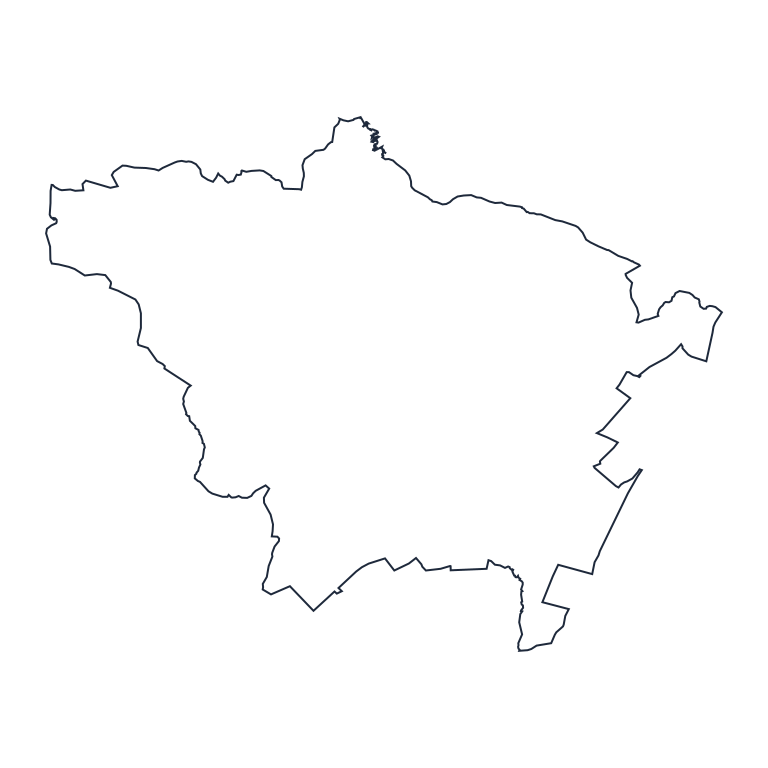 Vintu De Jos, Alba, Romania (Natural Earth projection)
{"feature_id": "2599482B17815307797793", "entity_name": "Vintu De Jos", "entity_type": "district", "adm_level": 2, "iso_a3": "ROU", "parent_name": "Romania", "parent_adm1": "Alba", "projection": "natural_earth1", "projection_center": [23.464, 46.01], "detail": "fine", "context": "isolated", "style": "outline", "palette": "slate", "viewbox_px": 768, "rotation_deg": 0, "n_neighbors": 0, "source": "geoboundaries", "source_scale": "gbopen_adm2", "svg_char_len": 6095}
<svg xmlns="http://www.w3.org/2000/svg" viewBox="0 0 768 768"><path d="M336.8,593.6L341.8,591.2L338.5,588.0L356.2,571.5L361.9,567.2L368.7,563.6L385.0,558.4L394.3,570.5L408.9,563.5L416.0,558.0L421.4,564.3L422.3,566.7L425.9,570.5L440.6,568.8L450.1,566.0L450.6,566.2L450.7,570.3L486.6,568.8L488.5,560.2L491.2,561.1L494.9,564.7L500.1,565.4L505.0,567.9L508.1,566.5L509.6,567.1L509.8,568.2L511.6,569.8L512.4,569.3L513.2,569.8L512.4,571.6L514.2,575.6L515.0,575.7L515.5,577.1L516.2,577.3L517.1,577.1L518.0,575.9L518.5,577.6L520.2,578.8L519.5,579.9L521.8,581.3L522.7,582.6L522.7,584.6L521.1,589.5L522.4,591.1L521.4,591.5L521.1,594.7L522.2,601.6L521.2,602.3L521.7,604.5L522.9,605.4L523.1,607.8L521.1,610.4L520.9,611.1L522.2,611.4L520.3,614.1L519.2,622.3L522.1,634.4L518.3,643.2L518.5,645.2L518.1,646.9L518.5,648.6L519.6,649.8L519.2,650.8L527.6,650.2L531.3,649.0L536.6,645.6L551.2,643.2L554.8,634.8L556.3,632.3L563.0,626.4L563.7,624.6L565.3,615.9L568.8,609.1L542.4,602.2L552.8,576.3L558.2,564.8L592.2,574.1L594.6,562.2L598.5,555.4L599.8,551.2L627.9,493.3L637.7,476.2L641.8,470.1L639.6,469.3L637.7,472.3L632.4,478.5L627.2,481.4L624.2,482.4L621.0,484.5L618.5,487.5L615.9,486.1L594.6,467.9L593.8,466.3L600.3,463.7L599.9,461.5L600.2,460.9L613.7,447.8L617.8,442.5L607.4,437.4L596.9,433.1L602.8,429.5L630.3,398.2L616.6,388.3L619.5,384.6L626.7,372.1L628.9,372.1L633.4,375.2L637.4,376.1L639.3,377.1L640.3,376.0L639.0,375.3L649.5,367.0L666.5,357.8L671.4,354.1L675.3,350.7L681.1,344.2L682.5,346.4L682.5,348.3L688.2,354.6L691.5,356.6L706.3,361.3L712.5,332.9L713.5,326.7L715.3,322.5L721.9,312.3L715.5,307.1L712.4,306.2L709.7,305.9L706.8,306.9L706.1,308.6L703.6,308.8L700.3,306.5L699.3,302.6L699.5,301.5L698.8,299.3L694.7,297.5L692.5,295.0L689.3,292.9L679.6,291.0L675.5,293.1L674.0,296.4L672.3,297.2L671.5,300.8L669.0,302.3L665.6,302.0L664.2,302.9L662.7,305.4L660.6,307.2L659.1,309.3L657.7,313.9L658.4,315.9L648.4,319.4L644.9,319.8L638.5,322.6L636.5,322.3L638.7,314.6L637.0,307.9L631.3,297.7L630.5,290.4L632.1,282.8L627.1,277.9L625.7,275.0L625.6,273.9L639.9,265.7L639.0,264.6L633.9,262.3L632.6,261.2L632.0,261.4L627.3,259.0L618.3,255.9L608.6,250.1L607.1,250.0L598.4,246.3L590.3,242.3L586.1,239.6L582.7,232.7L578.1,227.4L575.6,225.9L562.3,221.4L555.3,220.1L540.8,214.4L536.7,214.3L534.0,213.3L529.6,213.2L527.7,211.9L526.7,212.1L523.7,208.6L522.0,208.0L522.0,207.3L519.9,206.6L506.8,205.0L501.6,202.6L495.1,203.0L489.5,201.5L481.0,197.8L476.7,197.4L471.2,195.1L463.8,195.5L457.6,196.5L453.0,199.2L449.9,202.1L446.3,204.0L442.5,204.4L436.8,202.1L432.4,201.5L431.7,200.2L430.0,199.3L427.9,197.3L414.7,190.3L412.1,187.7L411.2,186.2L411.0,181.3L409.3,175.6L405.2,170.4L396.6,163.9L393.0,160.5L388.7,159.0L385.3,159.3L382.3,157.3L383.3,156.1L383.3,155.5L382.4,155.0L382.0,155.6L382.2,154.0L382.8,153.9L383.1,153.0L382.9,151.7L386.1,153.3L384.0,151.7L384.0,150.7L383.0,149.8L383.2,149.5L381.5,148.5L382.2,146.6L378.2,148.8L377.5,148.3L376.7,149.6L376.2,149.2L374.7,150.7L373.0,150.1L373.2,149.4L374.3,149.8L375.9,147.7L375.6,146.4L374.3,147.2L374.2,145.8L373.3,145.4L375.2,145.4L374.8,145.0L374.8,144.3L377.1,143.7L377.6,142.0L376.5,140.6L377.5,139.6L373.7,141.4L373.3,142.1L371.5,141.7L372.5,140.3L373.4,140.5L373.0,140.0L374.2,138.9L376.8,138.3L378.9,136.8L377.7,136.3L373.6,138.1L373.2,137.8L373.5,136.3L371.9,137.8L372.2,136.6L371.4,135.6L375.8,134.2L374.6,133.5L378.8,132.6L376.7,132.0L377.1,131.2L375.4,130.4L374.8,130.6L373.8,129.7L372.2,129.3L371.5,129.5L371.3,130.3L370.0,129.7L370.0,129.0L368.5,128.7L367.5,127.6L367.0,126.0L364.5,125.4L363.5,126.5L363.2,126.3L364.4,124.7L365.6,125.1L365.0,123.7L366.0,123.5L367.2,124.2L367.2,123.6L368.4,123.5L366.7,122.0L366.3,122.1L366.8,122.9L366.4,123.4L364.1,123.3L361.2,118.1L360.4,118.1L360.4,117.2L354.1,119.0L353.5,119.9L348.1,121.3L343.4,120.3L339.5,118.7L339.9,119.6L338.2,123.8L334.4,127.4L332.2,142.0L330.9,142.2L328.1,144.4L325.1,148.6L323.5,149.8L315.3,150.9L312.0,154.1L304.7,159.2L302.5,165.2L302.8,168.5L303.8,172.9L303.9,176.3L302.4,181.9L301.9,187.2L301.1,189.7L299.2,189.2L283.7,188.7L282.2,186.5L281.5,182.3L279.7,180.6L278.5,180.0L275.8,180.1L271.4,177.0L271.3,176.0L263.4,171.0L259.7,170.4L251.6,170.9L246.3,171.8L241.9,170.5L241.3,171.1L241.5,172.1L240.8,174.6L238.5,175.0L236.7,174.7L233.4,181.1L230.3,181.7L228.2,182.7L225.2,180.6L224.6,179.2L222.0,176.7L219.9,175.6L218.2,173.5L216.1,177.7L213.0,181.8L207.9,179.8L202.1,176.1L200.8,173.4L200.3,169.5L196.0,164.2L191.5,161.9L188.5,161.4L186.2,161.8L181.7,160.9L177.5,161.5L174.7,162.5L162.7,167.9L158.6,170.5L154.5,169.2L145.9,168.0L134.4,167.6L126.3,165.8L122.5,165.6L113.7,171.9L111.8,175.1L117.7,186.2L110.4,187.8L85.9,180.6L82.5,184.1L83.4,190.3L75.2,190.8L70.3,189.5L61.8,190.2L59.3,189.5L54.8,187.0L52.8,185.0L51.6,184.9L50.6,190.9L50.5,203.1L49.7,214.7L50.9,217.3L54.0,219.8L54.7,219.4L54.1,218.1L55.2,218.3L56.6,219.8L56.7,221.8L56.2,223.2L51.4,225.4L47.0,228.8L46.1,233.4L50.1,246.6L50.4,259.9L51.8,263.5L58.5,264.4L68.9,266.9L74.6,269.0L84.8,275.5L96.9,274.1L105.3,275.1L110.8,282.0L111.0,283.6L109.9,287.8L118.0,290.7L135.4,299.5L138.7,304.4L140.9,313.3L140.9,328.0L137.6,341.6L138.4,345.0L147.8,348.0L157.1,361.1L162.6,364.0L164.8,366.1L164.4,368.5L190.7,385.6L187.9,387.8L183.7,396.7L183.2,398.8L183.9,401.5L183.2,404.0L186.4,413.0L186.0,414.2L187.8,416.0L189.2,416.2L189.9,420.8L195.2,426.0L195.4,428.3L198.5,429.9L198.8,431.7L199.6,432.7L199.4,434.2L200.8,435.6L202.6,441.1L202.5,443.0L203.9,443.8L204.8,447.4L204.0,449.3L202.8,457.9L200.0,461.6L199.9,462.7L200.4,464.5L199.0,467.5L198.2,470.8L196.6,472.6L196.3,473.8L194.9,475.1L194.8,478.4L197.9,481.0L200.0,481.9L208.5,491.3L212.3,493.6L222.6,496.8L227.5,496.8L228.7,494.9L231.2,497.3L232.1,497.6L235.5,497.3L238.7,496.0L241.9,497.7L247.2,497.9L251.4,495.9L253.1,493.3L255.7,490.8L265.6,485.4L269.2,488.6L263.9,497.7L264.1,502.8L270.6,514.6L273.0,524.4L272.6,531.2L271.8,536.4L277.4,536.7L279.1,538.5L278.9,541.1L274.6,546.5L272.3,552.6L272.0,554.2L272.4,556.6L268.7,566.0L266.8,577.0L262.8,583.9L263.1,587.2L262.7,589.5L271.0,594.4L289.9,586.2L313.5,610.8L334.5,591.5L336.8,593.6Z" fill="none" stroke="#1e293b" stroke-width="2"/></svg>